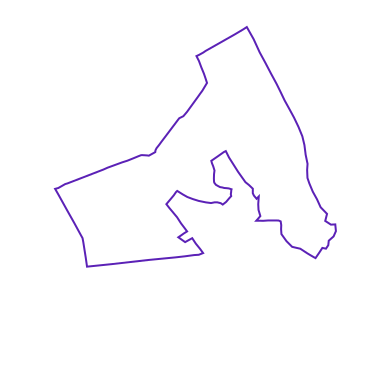 Al-Mejar Al-Kabir, Maysan, Iraq (orthographic projection), rotated 151°
{"feature_id": "34846034B74630941173951", "entity_name": "Al-Mejar Al-Kabir", "entity_type": "district", "adm_level": 2, "iso_a3": "IRQ", "parent_name": "Iraq", "parent_adm1": "Maysan", "projection": "orthographic", "projection_center": [47.287, 31.432], "detail": "fine", "context": "isolated", "style": "outline", "palette": "violet", "viewbox_px": 384, "rotation_deg": 151, "n_neighbors": 0, "source": "geoboundaries", "source_scale": "gbopen_adm2", "svg_char_len": 2277}
<svg xmlns="http://www.w3.org/2000/svg" viewBox="0 0 384 384"><g transform="rotate(151 192 192)"><path d="M122.2,308.7L122.4,303.2L123.4,296.6L124.2,289.7L125.1,284.7L126.0,280.1L128.1,278.9L133.8,275.6L137.7,273.8L139.1,273.1L157.5,264.5L162.8,262.5L167.4,262.7L169.5,261.8L189.5,252.9L194.3,250.8L197.5,249.3L201.8,247.5L203.7,246.2L204.8,244.7L206.4,244.7L207.5,244.7L210.1,244.7L212.1,244.7L213.3,245.6L216.4,247.6L217.7,248.4L218.7,248.9L221.7,249.3L226.9,249.9L233.3,250.7L238.8,251.8L254.1,254.2L258.7,254.6L296.8,259.9L299.0,260.4L307.0,260.3L310.2,261.1L310.1,254.3L310.1,236.4L310.0,221.8L310.1,208.7L310.1,204.7L311.4,200.8L316.8,186.0L320.0,177.6L297.1,167.8L262.9,153.6L238.3,142.9L229.4,139.2L220.7,135.8L216.5,133.8L211.9,133.2L212.5,138.2L213.7,145.0L214.2,151.5L219.8,151.5L222.3,151.5L225.9,159.0L221.8,159.4L219.3,159.7L215.4,159.9L216.2,165.7L216.8,169.8L217.3,177.2L219.6,189.2L220.3,193.8L214.0,196.2L209.6,197.9L206.0,199.7L204.4,200.1L201.8,195.4L201.2,194.3L198.5,189.9L194.6,185.3L192.2,182.8L190.5,181.0L184.9,176.2L180.7,173.1L177.2,172.0L174.9,170.7L172.3,168.3L171.2,166.1L166.9,166.8L162.7,168.4L159.7,169.4L159.1,171.3L158.0,172.7L156.8,174.5L156.1,175.2L158.1,177.3L159.9,178.6L161.9,179.9L163.2,181.2L165.1,182.7L166.4,184.7L167.6,186.7L168.0,189.4L167.6,190.6L166.3,193.2L164.1,196.9L161.9,199.9L161.0,204.1L160.6,207.4L160.0,209.9L152.0,210.7L148.4,211.1L144.8,211.5L142.6,211.4L142.9,204.2L142.3,194.0L141.9,187.2L140.5,174.7L138.8,170.5L137.2,165.4L139.4,161.5L139.6,158.9L138.8,154.8L135.8,155.7L140.0,149.2L142.5,144.1L143.9,137.8L149.7,135.7L143.3,132.1L138.8,130.0L134.4,127.5L130.1,125.1L128.7,123.3L130.0,119.8L132.1,116.3L134.2,111.8L133.2,103.2L131.8,98.3L131.0,95.5L128.6,93.3L124.8,89.9L120.9,82.5L119.4,79.9L117.1,76.0L116.0,74.3L110.4,77.1L105.1,79.9L102.3,77.5L98.6,79.4L96.0,83.1L89.7,84.5L85.1,88.0L82.4,94.2L86.3,96.1L89.5,102.1L84.5,107.4L86.9,116.3L86.2,125.1L86.2,133.7L85.2,142.7L84.2,148.3L80.6,155.5L77.3,160.6L74.5,169.6L73.6,171.8L70.9,178.6L68.5,187.2L67.3,197.4L66.7,207.6L66.6,218.1L66.6,227.1L66.0,237.1L65.6,245.7L65.5,257.2L65.2,269.2L65.1,281.3L64.0,295.8L64.1,309.7L68.1,309.4L78.1,309.1L111.6,308.8L114.5,308.5L116.1,308.5L119.3,308.5L122.2,308.7Z" fill="none" stroke="#5b21b6" stroke-width="2"/></g></svg>